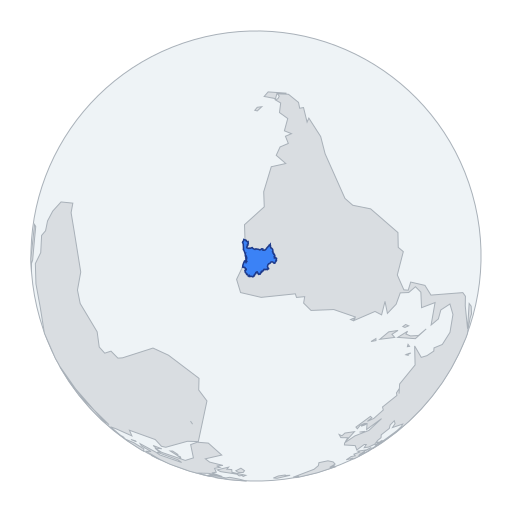 Bahia highlighted on a globe, orthographic projection, rotated 164°
{"feature_id": "BRA-624", "entity_name": "Bahia", "entity_type": "State", "adm_level": 1, "iso_a3": "BRA", "parent_name": "Brazil", "parent_adm1": "", "projection": "orthographic", "projection_center": [-41.603, -13.426], "detail": "fine", "context": "on_globe", "style": "filled", "palette": "blue", "viewbox_px": 512, "rotation_deg": 164, "n_neighbors": 0, "source": "natural_earth", "source_scale": "10m", "svg_char_len": 10818}
<svg xmlns="http://www.w3.org/2000/svg" viewBox="0 0 512 512"><g transform="rotate(164 256 256)"><circle cx="256" cy="256" r="225" fill="#eef3f6" stroke="#a8b0b8"/><path d="M185.6,42.0L185.2,42.1L187.8,41.3L195.9,38.9L196.5,38.7L193.7,39.6L197.1,38.6L193.5,39.9L202.3,37.3L203.7,37.2L199.9,38.5L193.6,40.0L168.9,49.1L163.1,52.1L161.3,54.0L172.1,53.5L168.5,56.6L168.5,59.5L173.6,56.6L175.4,53.5L184.9,49.6L185.9,46.9L189.9,45.2L193.7,42.4L200.4,41.3L204.8,41.9L202.0,44.4L203.9,45.0L212.5,41.8L212.9,46.4L223.1,50.0L222.4,51.9L210.5,55.8L195.6,57.2L180.1,65.1L197.5,58.7L195.4,64.4L198.2,65.1L202.6,64.5L206.2,62.0L207.1,64.0L190.2,70.3L189.2,68.6L194.5,66.4L187.5,67.4L176.1,72.9L176.0,76.0L159.0,83.1L158.7,85.7L154.8,89.1L156.4,84.3L153.2,93.4L133.1,107.4L128.3,125.8L125.1,113.0L119.1,113.1L111.3,115.6L110.2,118.6L101.3,119.6L90.6,129.1L82.8,145.5L82.8,156.4L93.2,153.2L98.1,145.2L106.7,141.4L96.7,161.9L111.1,160.7L107.5,175.8L111.2,182.5L119.3,178.8L127.5,180.8L134.6,171.0L145.5,164.6L144.5,176.8L151.5,164.8L156.9,169.9L179.3,167.0L177.3,170.0L196.0,183.1L218.1,188.5L223.2,197.6L220.4,203.5L228.5,205.0L228.6,208.8L262.4,214.8L280.9,225.1L281.1,238.9L267.2,254.6L258.4,289.3L234.5,301.0L230.9,315.6L216.7,337.6L201.9,336.7L208.8,347.2L202.8,354.2L193.9,355.3L194.7,363.0L188.2,363.8L194.2,368.5L187.6,379.4L193.9,387.4L190.1,396.3L194.5,400.9L191.6,401.1L189.6,403.2L190.7,406.0L180.2,402.5L172.8,391.9L173.3,386.0L169.4,385.6L170.0,370.6L167.2,374.0L160.9,353.0L161.4,335.2L154.6,286.8L149.0,278.1L132.8,269.7L113.1,239.4L116.9,225.1L113.2,219.6L125.4,198.8L123.2,182.7L119.1,181.2L114.5,188.3L101.7,181.2L98.6,170.2L67.3,163.8L65.8,159.6L68.6,150.4L72.7,127.7L64.2,151.6L63.0,148.5L64.8,140.9L67.2,137.5L73.0,125.7L74.0,123.3L76.8,119.4L87.6,106.4L99.3,94.1L111.9,82.8L125.4,72.5L139.5,63.2L154.3,55.0L169.7,47.9L185.6,42.0ZM125.6,132.6L142.2,138.7L131.0,141.9L133.4,139.7L129.6,136.6L121.8,134.8L112.5,139.0L125.6,132.6ZM137.0,120.2L133.9,120.1L137.1,119.4L137.0,120.2ZM189.8,43.4L191.7,42.9L190.0,43.6L189.8,43.4ZM189.7,42.7L186.3,43.9L185.8,43.9L187.8,43.1L189.7,42.7ZM193.9,41.4L185.2,43.6L184.3,43.5L191.4,40.8L193.9,41.4ZM217.0,34.1L218.2,33.9L214.8,34.5L215.2,34.5L217.0,34.1ZM199.1,410.4L181.8,404.1L190.9,406.7L193.9,401.9L204.2,407.1L199.1,410.4ZM209.3,397.9L214.8,395.1L217.0,396.4L213.8,398.6L209.3,397.9ZM411.8,93.3L408.3,90.1L406.9,88.7L403.5,85.9L411.2,94.1L416.0,98.9L410.8,97.0L418.5,105.1L419.1,107.5L406.4,95.1L403.3,91.3L384.4,78.0L387.2,81.6L405.2,94.7L402.1,93.0L406.1,99.1L400.7,93.2L380.3,79.0L371.8,79.2L370.8,92.7L363.8,93.2L353.4,89.3L343.8,74.1L360.6,75.0L357.4,70.7L345.5,63.8L351.7,65.0L348.9,62.7L354.4,63.3L353.8,59.1L358.2,59.7L349.9,53.8L351.0,53.6L355.6,56.9L361.1,60.0L370.9,63.1L370.5,62.5L364.3,58.7L367.8,60.5L360.5,56.5L360.9,56.7L379.0,67.3L396.0,79.5L411.8,93.3ZM356.2,54.2L354.1,53.2L349.6,51.1L356.2,54.2ZM343.3,48.3L344.8,49.0L348.3,50.7L353.7,53.2L361.9,58.4L360.3,58.5L346.1,50.9L342.2,50.5L332.9,45.7L327.1,42.2L343.3,48.3ZM474.9,202.6L475.0,203.7L470.6,187.7L449.1,141.9L447.0,138.0L446.7,137.5L446.1,136.6L449.2,142.7L443.8,134.4L460.7,164.2L465.6,176.7L475.2,204.5L475.5,206.4L477.1,212.9L480.7,240.1L477.6,265.5L475.2,289.9L470.2,309.5L462.0,318.6L456.4,334.9L451.3,338.3L446.7,347.2L439.0,355.2L428.5,361.7L417.5,357.3L421.8,348.6L423.9,330.3L428.9,288.9L437.0,272.5L438.1,258.8L429.6,226.9L431.8,211.7L428.2,204.3L421.6,204.5L416.9,195.9L412.4,194.9L380.4,195.9L367.5,184.8L344.5,154.1L348.0,143.0L343.1,130.2L362.6,93.5L373.0,96.8L395.4,97.0L399.3,99.1L403.4,107.3L425.7,123.4L424.9,117.3L438.3,128.6L442.9,131.9L432.6,116.3L425.0,110.3L417.0,101.5L417.8,99.3L419.7,101.2L430.7,113.8L440.7,127.1L449.8,141.1L457.7,155.7L464.6,170.9L470.3,186.5L474.9,202.6ZM363.3,111.8L364.5,115.4L363.3,111.8ZM180.0,166.8L182.6,168.9L178.9,169.3L180.0,166.8ZM128.5,146.8L132.5,146.3L134.3,147.7L131.1,148.9L128.5,146.8ZM164.0,141.6L169.0,142.1L163.5,143.6L164.0,141.6ZM145.1,139.5L160.0,141.8L149.3,146.5L140.0,145.3L146.9,143.3L145.1,139.5ZM133.3,126.8L135.5,127.1L134.2,129.2L133.3,126.8ZM139.3,119.8L138.3,120.1L137.5,118.8L139.3,119.8ZM196.4,64.0L197.8,63.6L201.9,63.4L199.2,64.6L196.4,64.0ZM224.5,58.0L225.3,61.5L222.9,59.5L219.3,61.3L209.8,60.0L221.5,52.7L217.9,56.0L224.5,58.0ZM200.4,57.2L205.1,58.2L199.5,57.4L200.4,57.2ZM328.1,51.4L332.7,52.9L334.6,55.1L329.0,56.2L326.2,52.8L328.1,51.4ZM338.7,54.7L326.2,48.0L329.2,47.6L329.6,48.8L332.8,49.3L334.4,51.5L349.5,58.5L352.2,61.1L340.5,60.6L342.8,59.1L338.2,57.4L338.7,54.7ZM289.0,37.1L283.6,35.8L297.0,36.5L300.5,37.8L295.2,38.4L287.9,37.4L289.0,37.1ZM208.2,36.9L205.2,37.6L206.0,37.2L209.0,36.4L208.2,36.9ZM213.3,34.8L212.2,35.0L216.5,34.2L221.7,34.4L218.6,34.9L225.4,35.2L219.8,37.0L215.7,36.6L216.5,38.5L210.5,38.9L211.9,40.3L203.2,39.2L197.9,40.2L205.9,38.3L211.1,36.6L211.8,36.1L209.6,35.8L200.7,37.6L201.1,37.5L213.3,34.8ZM276.3,31.6L276.6,31.7L279.1,32.0L276.0,31.8L278.8,32.3L275.8,32.0L281.3,32.9L275.8,32.3L276.0,32.7L281.3,33.1L258.9,35.0L253.8,37.3L252.5,40.0L243.3,39.3L238.6,36.8L237.3,34.2L243.5,32.5L238.2,32.9L239.7,32.3L243.3,32.2L238.6,32.1L240.7,31.7L239.5,31.3L236.9,31.5L256.6,30.7L276.3,31.6ZM399.7,96.6L402.0,97.6L404.6,98.1L407.1,102.2L399.7,96.6ZM385.9,86.9L387.4,86.8L392.2,92.2L389.9,91.5L385.9,86.9ZM384.0,82.5L387.1,86.4L384.0,83.8L384.0,82.5ZM356.5,56.9L357.6,56.9L359.3,57.9L360.6,59.1L356.5,56.9ZM433.7,118.1L434.8,120.2L433.0,118.1L433.0,117.7L433.7,118.1ZM422.2,110.4L426.8,114.1L422.8,111.5L422.2,110.4ZM473.2,315.4L460.2,347.3L459.6,345.0L464.0,333.9L471.8,313.7L474.0,310.6L476.3,302.4L473.2,315.4Z" fill="#d9dde1" stroke="#a8b0b8" stroke-width="1"/><path d="M271.5,248.7L272.1,248.6L272.3,248.4L272.0,248.8L271.2,250.7L270.7,251.5L269.6,253.0L268.6,254.2L267.9,254.5L267.9,254.1L268.0,254.1L267.9,253.9L268.0,253.8L267.9,253.6L267.9,253.3L267.4,253.2L267.2,252.9L267.2,252.7L267.1,252.8L267.0,253.1L266.9,253.3L267.0,253.4L266.7,253.7L266.4,253.3L266.6,253.1L266.3,253.3L266.5,253.6L266.5,253.8L266.8,253.8L267.0,253.9L266.9,254.0L266.9,254.3L266.4,254.7L266.4,254.8L266.7,255.0L266.2,255.4L266.1,255.7L266.1,255.8L265.8,255.8L265.8,255.7L265.7,255.9L265.7,256.2L265.6,256.4L265.6,256.7L265.7,256.3L265.8,256.3L266.0,256.5L265.9,256.7L266.1,257.0L266.0,257.3L266.0,257.7L265.9,257.7L265.7,257.4L265.6,257.2L265.4,257.2L265.4,257.3L265.5,257.2L265.5,257.4L265.8,257.7L266.0,257.8L265.9,257.8L265.7,257.8L265.7,258.1L265.9,258.3L266.0,258.6L265.8,258.6L265.7,258.5L265.6,258.9L265.8,259.0L265.7,258.7L266.1,258.6L266.0,258.3L266.1,258.2L266.1,257.9L266.2,258.3L266.0,259.1L266.0,259.5L265.9,259.7L265.9,259.9L265.6,261.0L265.8,261.4L265.7,261.5L265.8,261.5L265.9,263.2L266.1,265.1L266.4,265.6L266.0,266.4L266.0,266.9L265.8,267.2L265.8,267.6L265.6,267.9L265.5,268.7L265.3,269.3L265.3,269.7L265.2,269.9L265.1,270.4L265.0,270.7L265.0,271.2L265.1,271.9L265.0,272.4L265.2,272.8L264.8,273.3L264.7,273.5L264.2,273.7L263.9,274.0L263.4,274.8L263.2,275.3L261.3,274.0L261.1,273.7L261.3,273.3L261.2,273.1L260.9,272.8L260.8,272.7L260.6,272.5L260.5,272.3L260.2,272.2L260.2,271.8L260.1,271.7L259.9,271.5L259.7,271.6L259.8,271.2L259.9,270.5L260.1,269.7L260.5,269.6L260.9,269.6L261.1,269.4L261.0,269.1L261.0,268.4L261.3,268.3L261.5,268.3L261.5,268.1L261.8,267.7L262.3,267.4L262.4,266.9L262.6,266.7L262.5,266.4L262.3,266.1L262.0,266.1L261.7,265.8L261.6,265.7L261.4,265.7L261.2,265.4L260.7,265.4L260.3,265.2L260.0,265.3L259.9,265.1L259.6,265.0L259.2,265.1L259.0,264.9L258.7,264.9L258.2,265.1L257.8,265.2L257.2,265.1L256.9,264.1L255.2,262.6L254.7,262.9L254.2,262.9L253.9,262.6L253.7,262.7L253.4,262.6L252.9,262.3L252.3,261.9L252.0,261.9L251.1,261.2L250.9,260.9L250.1,260.8L249.6,260.8L249.2,261.0L249.0,261.3L248.8,261.4L247.5,261.0L247.4,260.9L247.4,260.7L247.7,259.6L247.3,259.5L247.1,259.5L246.9,259.4L246.7,259.4L246.2,259.4L246.0,259.2L245.9,259.3L245.6,259.3L244.4,259.9L243.7,260.4L243.6,260.6L242.7,261.2L242.3,261.3L241.9,261.7L241.4,262.0L241.0,262.1L240.8,262.3L240.6,262.5L240.3,262.9L239.6,262.8L239.4,263.1L239.1,263.3L239.4,262.3L239.2,261.8L239.6,261.2L239.6,260.8L239.4,260.4L239.6,259.8L239.2,259.6L239.0,259.3L238.8,259.2L238.6,258.7L238.4,258.4L238.2,257.9L238.2,257.1L238.4,256.3L238.5,256.1L238.9,255.8L238.9,255.6L238.5,255.3L238.6,254.7L238.9,254.3L238.8,254.2L238.4,253.8L238.2,253.6L238.3,253.4L238.5,252.9L238.5,252.5L238.4,252.4L237.9,252.3L237.8,251.9L237.8,251.0L238.1,250.8L238.3,250.5L238.6,250.4L238.8,250.2L238.7,250.0L238.5,249.9L238.1,249.9L238.0,249.6L238.6,249.3L238.8,249.0L238.3,248.8L237.3,248.6L237.2,248.3L236.9,248.1L236.9,247.9L237.0,247.6L237.3,247.4L237.6,246.5L238.1,246.2L238.0,245.9L237.8,245.8L237.9,245.7L238.7,245.0L238.9,244.9L239.6,244.5L239.8,244.3L239.8,244.0L240.5,244.0L241.0,244.5L241.2,245.1L241.6,245.7L242.7,246.1L243.1,246.0L243.6,246.0L243.9,245.6L244.2,245.5L244.3,245.3L244.5,245.2L245.1,244.9L245.5,245.0L245.9,245.1L246.2,244.9L246.8,244.4L247.0,244.3L247.1,244.1L247.5,243.4L247.7,243.2L247.9,242.8L247.9,242.6L247.8,242.4L247.9,242.1L247.9,241.8L247.7,241.5L247.6,240.9L247.3,240.5L247.4,240.3L247.9,240.4L248.0,240.1L248.6,240.1L248.7,239.9L248.8,239.8L249.0,240.0L249.1,240.3L249.4,240.2L249.9,240.3L249.9,240.2L250.1,240.1L250.4,240.2L250.5,240.3L250.8,240.4L250.8,240.6L251.2,240.8L251.3,240.7L251.7,240.7L251.9,240.7L252.0,240.8L252.2,240.5L252.6,240.6L252.8,240.2L253.0,240.1L253.2,239.8L253.4,239.9L253.9,239.8L254.0,239.7L254.3,239.4L254.4,239.5L254.5,239.4L254.6,239.5L254.8,239.4L255.0,239.6L255.2,239.3L255.5,239.2L255.4,238.6L255.5,238.5L256.0,238.5L256.4,238.4L256.5,238.1L256.8,237.8L256.9,237.5L257.2,237.6L257.8,237.5L258.0,237.8L258.4,237.7L258.5,237.9L258.6,238.0L258.7,237.9L258.8,238.1L258.7,238.7L258.9,238.9L258.9,239.2L259.5,239.5L259.5,240.0L259.3,240.4L259.8,240.5L260.1,240.4L260.5,240.2L260.8,240.1L261.2,239.0L261.3,238.9L261.6,239.0L261.8,239.0L262.0,238.9L262.3,238.8L262.7,238.5L262.7,238.3L262.6,238.0L262.7,237.9L263.4,237.8L263.5,237.6L263.4,237.3L263.8,237.2L264.6,236.8L265.0,236.9L265.3,237.4L266.0,237.6L266.2,237.8L266.7,237.8L266.9,237.8L267.3,238.1L267.5,238.6L267.7,238.1L267.8,238.0L268.1,238.1L268.0,238.5L268.4,238.8L268.7,238.7L268.9,238.8L268.8,239.0L269.2,240.3L269.9,240.6L270.0,240.8L269.9,240.9L269.8,241.1L270.0,241.3L269.8,241.6L270.1,242.1L270.3,242.3L270.6,242.7L270.8,243.1L270.8,243.8L270.6,244.3L270.6,244.6L270.6,244.9L270.7,245.0L270.4,245.4L269.9,245.6L269.6,245.4L269.2,245.4L269.0,245.9L269.0,246.1L269.2,246.3L269.2,246.5L269.5,246.7L269.6,247.2L269.9,247.4L270.0,247.6L269.9,248.0L270.2,248.2L270.3,248.2L270.5,248.3L270.7,248.6L271.1,248.8L271.3,248.6L271.5,248.7ZM265.8,255.9L266.3,255.9L266.3,256.2L266.2,256.6L266.4,256.9L266.3,257.0L266.2,257.0L266.0,256.7L266.1,256.3L265.8,256.2L265.8,255.9ZM267.3,254.0L267.5,254.3L267.3,254.4L266.8,254.9L266.8,254.6L267.2,254.2L267.1,253.9L267.3,254.0Z" fill="#3b82f6" stroke="#1e3a8a" stroke-width="1.5"/></g></svg>